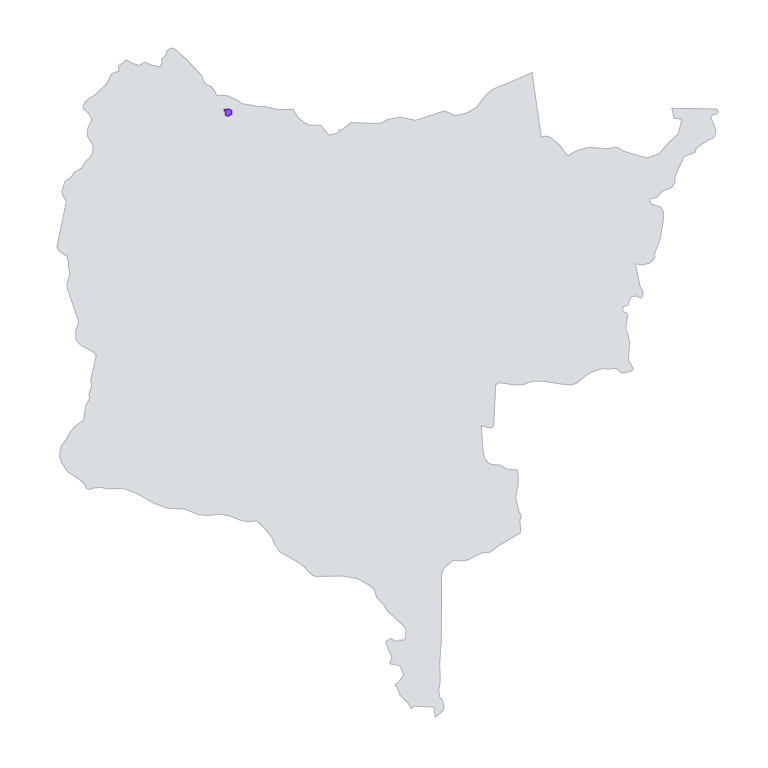 Beni, Nord-Kivu, Democratic Republic of the Congo shown in context, rotated 271°
{"feature_id": "63176286B12710938610069", "entity_name": "Beni", "entity_type": "district", "adm_level": 2, "iso_a3": "COD", "parent_name": "Democratic Republic of the Congo", "parent_adm1": "Nord-Kivu", "projection": "mercator", "projection_center": [29.473, 0.481], "detail": "fine", "context": "in_parent", "style": "filled", "palette": "violet", "viewbox_px": 768, "rotation_deg": 271, "n_neighbors": 0, "source": "geoboundaries", "source_scale": "gbopen_adm2", "svg_char_len": 4141}
<svg xmlns="http://www.w3.org/2000/svg" viewBox="0 0 768 768"><g transform="rotate(271 384 384)"><path d="M698.0,526.6L633.4,536.9L634.7,540.6L634.1,544.5L632.4,547.5L625.8,555.6L616.1,563.0L616.0,564.8L620.9,573.1L624.1,584.4L623.3,604.5L624.6,609.9L624.4,614.1L621.1,618.9L614.5,643.0L618.9,654.8L631.7,665.7L639.2,673.9L651.9,676.8L653.9,676.4L654.7,669.6L664.7,667.0L664.7,710.4L664.0,712.8L662.1,713.4L659.7,712.0L658.9,707.8L656.3,706.1L644.0,711.4L640.8,711.3L637.4,710.4L634.9,708.2L634.2,704.8L625.5,692.2L621.3,691.3L616.5,679.9L597.1,671.6L589.7,671.0L585.8,668.4L582.0,659.5L575.5,653.7L574.1,647.4L572.8,646.5L568.8,647.8L565.5,657.8L561.1,660.2L553.2,660.5L533.3,657.5L519.1,652.3L515.4,652.7L509.7,648.0L507.4,640.3L508.6,634.3L507.6,633.4L485.9,638.4L480.7,641.5L475.8,640.7L474.3,639.1L476.5,634.9L475.4,630.5L473.8,628.4L467.4,626.8L465.4,622.0L461.5,621.3L460.2,622.0L459.2,625.3L456.9,626.4L444.0,624.8L430.4,629.0L412.5,627.9L403.9,632.9L402.6,632.8L400.8,630.2L399.1,622.1L400.0,619.8L402.7,618.2L403.6,614.9L402.7,606.5L403.5,604.5L402.5,599.6L399.8,591.9L396.0,585.6L387.9,576.1L386.4,571.6L387.0,561.0L389.6,544.3L389.3,531.8L386.0,523.8L385.3,515.1L387.4,499.5L385.3,495.7L344.4,494.4L342.7,493.3L341.9,491.1L343.8,481.9L318.9,484.2L311.4,486.0L306.7,489.7L305.2,494.5L305.1,501.3L301.3,507.7L300.2,518.7L293.3,519.9L286.4,519.9L273.1,517.6L260.2,520.7L253.8,523.6L250.5,522.2L238.8,523.3L237.3,522.5L224.0,500.9L218.1,493.7L217.0,490.2L217.4,486.8L215.8,482.3L209.7,471.3L208.5,466.1L208.8,458.0L208.1,455.3L202.5,448.4L198.8,446.1L194.8,444.9L127.9,445.8L105.8,444.5L89.7,445.4L81.6,444.8L79.3,443.8L71.9,445.3L68.1,448.2L62.3,449.7L58.7,449.1L51.8,441.1L61.2,439.7L61.9,438.9L62.5,419.8L60.1,417.1L65.1,413.8L73.3,405.3L81.2,402.4L82.2,400.6L84.0,400.7L86.8,404.3L93.7,408.9L102.2,404.8L103.1,403.7L104.2,395.5L106.3,394.8L109.9,396.5L112.0,396.5L115.7,394.2L126.5,390.1L129.7,395.3L126.8,400.1L128.1,403.4L128.4,408.7L130.1,409.8L138.7,410.4L141.2,409.2L158.2,390.3L162.7,388.2L169.8,380.7L179.3,377.3L183.4,371.4L188.9,360.9L191.3,345.7L190.4,319.5L191.3,316.0L202.6,304.2L214.4,282.8L222.4,277.1L228.3,274.9L237.6,267.1L244.9,259.2L243.9,249.7L245.6,241.9L249.6,231.9L250.9,221.3L249.5,210.2L250.1,201.1L255.5,186.5L256.0,169.8L260.9,155.8L270.6,138.0L275.2,124.8L274.3,111.7L275.6,102.1L275.1,96.4L273.3,91.5L274.2,88.4L277.9,87.1L282.5,82.2L290.7,69.3L299.6,63.0L305.8,61.1L312.3,61.3L316.5,62.4L323.3,67.5L331.1,71.5L336.9,76.5L342.7,84.3L356.5,86.0L362.4,88.9L366.1,89.9L367.4,89.2L370.3,89.6L376.8,91.9L382.0,90.6L407.6,95.8L410.6,93.2L417.7,79.8L423.1,75.2L431.8,74.7L438.7,77.3L442.3,77.3L473.8,65.7L477.9,65.2L489.3,68.0L496.8,66.1L499.8,66.7L506.2,64.7L511.5,56.6L515.8,54.6L561.0,63.3L567.9,59.1L571.2,58.6L581.3,61.7L584.3,66.7L590.4,70.9L594.7,77.9L601.4,81.9L604.8,85.6L608.8,88.2L617.0,89.2L627.4,82.8L634.8,83.5L642.2,86.9L644.8,86.8L650.4,83.1L653.3,79.1L656.2,78.2L660.5,80.0L664.1,83.7L667.3,89.1L678.6,101.1L689.5,106.2L692.3,113.6L696.2,112.9L698.2,113.6L701.0,118.3L703.0,119.2L703.4,121.1L700.7,125.5L698.1,134.0L701.5,139.1L698.6,146.6L697.2,154.4L700.7,156.3L705.3,156.2L709.5,160.3L712.8,160.9L716.2,165.2L715.5,168.7L704.7,181.4L688.5,196.8L683.0,198.7L680.2,201.6L678.2,206.1L673.5,209.9L669.8,211.5L669.5,222.6L664.1,234.2L662.0,236.6L659.0,255.4L659.5,258.7L656.5,274.1L657.1,288.4L649.2,292.9L643.8,300.0L641.5,304.9L641.5,316.6L632.6,323.7L632.0,325.4L634.2,333.6L637.4,334.9L637.5,337.7L644.8,346.5L644.3,373.8L644.7,376.5L648.5,382.9L651.0,395.3L648.2,411.0L658.1,439.9L653.7,450.5L655.8,460.6L661.7,471.2L675.5,481.7L679.2,486.0L682.7,491.8L686.0,500.9L698.0,526.6Z" fill="#d9dde1" stroke="#a8b0b8" stroke-width="1"/><path d="M650.3,221.0L649.8,221.5L649.3,222.5L649.3,223.8L649.8,224.8L650.8,225.7L651.0,226.8L652.8,226.8L654.1,226.9L654.8,226.5L655.1,225.9L656.0,223.8L656.2,223.5L656.1,223.0L656.0,222.7L655.9,222.2L655.4,220.9L655.4,220.6L655.5,220.2L655.6,219.8L655.3,219.9L655.2,219.8L654.8,219.6L654.4,219.7L654.1,220.1L654.0,220.7L653.7,220.9L653.4,220.9L652.2,220.8L651.9,220.7L651.5,220.7L650.3,221.0Z" fill="#8b5cf6" stroke="#5b21b6" stroke-width="1.5"/></g></svg>